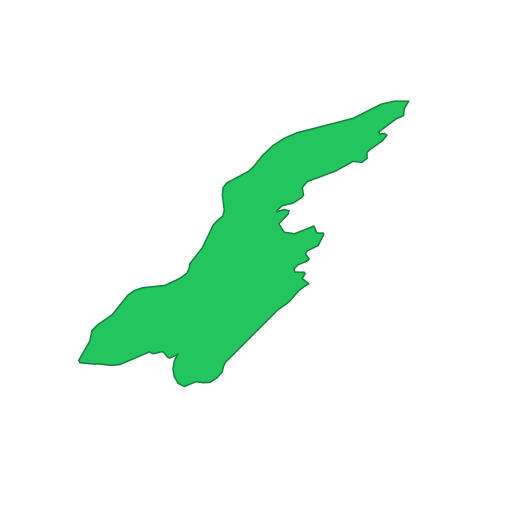 an SVG outline of Fife, rotated 154°
{"feature_id": "GBR-2021", "entity_name": "Fife", "entity_type": "Unitary District", "adm_level": 1, "iso_a3": "GBR", "parent_name": "United Kingdom", "parent_adm1": "", "projection": "equal_earth", "projection_center": [-3.169, 56.241], "detail": "fine", "context": "isolated", "style": "filled", "palette": "green", "viewbox_px": 512, "rotation_deg": 154, "n_neighbors": 0, "source": "natural_earth", "source_scale": "10m", "svg_char_len": 1478}
<svg xmlns="http://www.w3.org/2000/svg" viewBox="0 0 512 512"><g transform="rotate(154 256 256)"><path d="M220.9,207.7L224.7,207.6L232.0,206.3L246.8,200.2L260.4,197.9L330.1,173.8L333.7,170.9L337.0,166.8L344.5,163.5L352.9,162.6L358.9,165.2L365.2,169.4L377.5,170.1L381.7,175.4L382.4,183.6L379.9,191.3L375.2,197.6L369.6,202.0L378.2,202.0L379.6,203.4L381.1,209.3L381.8,210.8L385.8,212.1L388.9,212.5L391.5,213.4L393.8,216.5L425.8,218.1L433.5,220.8L445.5,228.4L448.3,229.5L461.1,237.2L461.1,239.9L442.5,252.5L436.1,261.0L427.8,263.7L410.9,266.3L388.7,276.8L380.8,278.3L372.2,277.3L350.7,269.5L333.9,269.3L325.4,270.9L321.7,274.1L319.0,278.0L300.4,287.1L281.0,302.5L275.2,304.8L268.2,306.5L264.4,311.1L259.5,325.7L255.5,332.0L250.3,334.5L225.7,335.4L218.7,337.5L206.6,343.3L192.6,347.8L178.9,349.4L165.1,348.8L108.4,337.2L77.2,337.6L63.7,334.5L51.3,328.4L50.9,328.1L52.3,327.3L58.4,323.2L61.8,317.5L69.9,317.8L91.4,313.7L91.2,311.1L86.8,309.8L85.4,307.1L91.7,304.2L107.8,301.5L111.1,300.0L113.3,295.1L119.7,293.8L127.3,298.5L147.2,297.5L177.2,300.4L184.4,297.3L186.6,289.7L190.3,288.4L199.3,287.3L210.5,289.7L216.5,288.1L217.9,286.7L210.3,285.4L206.5,282.1L208.6,279.7L221.3,274.9L220.3,265.1L211.6,259.1L190.8,257.6L191.1,249.9L185.7,247.3L185.7,245.5L195.7,238.1L207.8,238.2L210.7,236.1L209.4,230.2L211.0,229.1L222.2,229.6L227.6,227.7L228.1,224.5L219.7,220.2L219.7,218.4L224.3,215.5L221.8,210.2L220.9,208.5L220.9,207.7Z" fill="#22c55e" stroke="#15803d" stroke-width="1.5"/></g></svg>